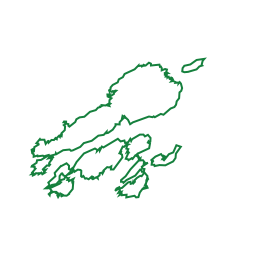 outline of Rennesøy nor, Rogaland, Norway, rotated 314°
{"feature_id": "86288312B22381651590620", "entity_name": "Rennesøy nor", "entity_type": "district", "adm_level": 2, "iso_a3": "NOR", "parent_name": "Norway", "parent_adm1": "Rogaland", "projection": "robinson", "projection_center": [5.661, 59.087], "detail": "fine", "context": "isolated", "style": "outline", "palette": "green", "viewbox_px": 256, "rotation_deg": 314, "n_neighbors": 0, "source": "geoboundaries", "source_scale": "gbopen_adm2", "svg_char_len": 5764}
<svg xmlns="http://www.w3.org/2000/svg" viewBox="0 0 256 256"><g transform="rotate(314 128 128)"><path d="M58.9,72.3L53.5,72.7L54.5,74.4L54.0,75.2L49.2,73.9L45.8,76.6L45.0,76.4L45.1,75.5L44.8,76.5L44.9,74.9L46.4,74.1L45.4,73.8L43.3,76.7L43.6,78.5L41.8,80.1L45.3,82.0L44.9,82.7L49.0,86.0L49.1,87.1L54.4,90.2L44.6,87.6L41.6,85.0L39.4,86.4L34.1,85.2L33.3,85.5L35.3,87.7L34.4,88.4L34.6,89.7L28.4,90.1L30.6,91.1L27.8,90.8L29.9,92.7L28.3,92.3L27.9,92.6L29.7,93.3L31.0,93.0L32.3,93.5L31.4,93.4L33.5,95.2L32.7,95.9L35.7,96.7L35.2,98.5L37.4,99.1L36.9,98.5L40.9,97.9L38.8,96.8L39.1,95.5L44.8,95.7L46.0,97.5L47.6,97.3L47.4,96.1L48.4,95.5L52.4,95.0L52.3,94.2L55.7,94.7L50.9,91.8L54.2,91.5L58.8,94.3L59.8,93.6L59.6,94.7L67.0,96.8L72.0,101.0L72.0,102.8L73.5,103.8L81.3,106.8L86.4,106.7L93.6,110.8L101.9,112.0L106.2,115.3L110.4,115.2L109.3,116.1L110.7,117.1L116.2,118.2L121.1,117.4L122.1,116.4L124.7,119.5L126.4,117.9L131.0,117.9L130.6,117.1L132.9,115.7L133.0,116.9L134.1,117.0L133.9,118.7L133.0,117.8L133.4,118.9L132.8,118.7L133.8,119.3L133.9,122.3L132.2,126.9L135.5,127.6L150.8,135.1L152.9,138.2L154.2,138.4L154.4,139.8L160.9,141.8L162.2,144.3L171.6,145.1L175.3,146.8L178.1,146.4L181.0,144.5L184.9,144.1L189.4,140.3L191.7,140.5L194.3,139.2L196.7,135.2L196.9,133.3L195.3,133.4L196.0,132.9L193.6,130.9L194.2,130.8L193.2,127.8L191.7,126.8L193.5,126.7L193.2,126.0L194.2,126.2L194.6,125.0L194.0,123.2L194.0,124.9L192.3,123.8L193.1,121.8L192.2,121.5L193.2,120.8L191.9,121.0L192.4,120.4L191.3,119.4L193.1,118.8L191.9,117.5L193.1,116.3L195.2,118.5L194.9,116.5L197.1,115.4L196.2,113.7L192.9,112.2L194.5,110.7L195.0,108.9L194.2,108.5L195.4,106.6L188.9,101.1L190.2,99.8L189.5,97.7L185.2,97.3L184.1,96.4L185.3,96.3L183.4,95.9L185.1,95.4L181.9,95.2L182.1,94.3L179.9,92.5L180.3,92.1L174.8,92.0L164.5,88.0L161.0,89.0L156.6,87.6L153.7,88.9L148.4,87.1L145.1,87.3L143.9,88.4L142.0,88.2L141.3,89.6L142.3,89.4L142.8,91.3L144.0,91.4L144.9,92.6L146.1,92.9L146.6,93.6L143.5,93.4L142.7,94.2L138.7,93.3L137.6,91.7L139.5,91.5L137.8,89.9L136.5,91.5L137.9,95.4L135.2,95.3L133.0,97.2L133.3,98.4L131.4,98.0L130.9,99.3L129.7,97.2L130.6,96.8L128.6,96.2L126.3,93.3L126.0,94.0L123.3,92.5L124.6,94.0L121.8,92.3L118.5,92.4L113.2,89.4L105.8,88.8L102.0,85.8L98.4,84.8L95.7,85.9L88.3,84.9L88.2,83.6L89.4,82.4L88.1,80.3L89.6,79.0L88.3,77.5L87.4,77.7L88.4,78.9L87.3,80.2L85.5,79.8L85.5,81.6L82.5,84.0L78.1,83.8L76.5,84.5L77.1,85.1L75.9,86.0L75.3,84.6L74.3,85.2L74.5,83.8L71.4,83.7L70.4,84.6L69.7,83.2L71.4,82.7L67.9,83.1L66.3,81.3L62.3,81.1L63.2,79.7L62.7,79.4L59.4,79.8L61.5,76.0L58.7,73.2L58.9,72.3ZM67.9,114.6L60.7,116.5L59.3,119.9L63.2,120.8L64.8,123.0L64.8,124.1L60.7,127.8L60.8,128.9L62.5,129.2L61.8,132.4L63.0,133.0L63.8,135.3L68.1,135.7L68.5,136.8L66.6,137.3L66.8,138.3L70.5,139.4L70.7,141.2L71.6,140.0L74.2,140.4L75.9,139.1L77.8,140.2L77.4,141.4L80.9,140.4L79.6,140.4L80.2,139.9L85.4,140.2L86.6,142.0L88.8,142.6L86.3,144.5L88.1,146.4L103.0,144.4L104.7,142.1L104.1,140.2L104.3,139.7L105.2,140.0L105.6,139.8L104.5,139.2L111.0,137.1L111.6,138.2L116.0,138.5L116.6,139.8L115.2,139.3L112.0,141.1L113.0,142.9L109.8,144.0L111.1,144.4L110.9,145.6L109.6,145.0L110.6,146.1L109.2,145.3L109.7,145.8L104.3,147.8L105.5,149.7L105.2,150.7L109.8,151.9L108.6,152.1L108.8,152.8L113.4,152.3L114.2,154.8L114.5,152.7L115.5,152.7L115.0,153.7L116.4,152.8L128.1,157.3L132.0,154.7L131.3,152.4L132.7,152.0L132.5,153.6L133.6,153.6L136.5,151.1L136.9,147.1L133.7,146.0L134.0,143.7L131.5,141.1L122.7,138.7L120.8,139.3L121.7,137.2L118.1,138.0L115.2,136.4L116.5,134.1L113.2,132.0L113.2,128.2L96.9,123.8L96.5,122.1L92.2,123.4L93.4,121.8L89.9,121.8L90.9,121.2L90.3,118.5L79.1,114.0L67.9,114.6ZM76.5,161.8L73.9,162.4L78.1,163.5L77.7,165.4L74.7,166.1L77.5,167.6L73.9,168.5L76.2,169.2L75.3,170.2L79.0,173.3L76.9,175.0L83.8,179.8L83.7,182.0L85.5,183.5L89.8,181.3L94.5,180.7L96.5,181.1L97.2,181.9L96.1,182.1L98.6,183.6L99.3,181.8L98.4,181.1L100.5,179.6L100.0,179.5L103.4,178.3L102.6,178.0L103.3,177.4L105.2,177.9L105.5,177.3L104.2,177.3L106.9,175.4L107.4,170.7L102.8,171.3L102.1,170.0L98.4,169.1L95.1,169.0L94.1,170.3L92.1,170.3L92.6,169.2L91.5,169.8L89.7,168.7L91.0,167.2L89.1,165.9L80.7,165.3L78.7,163.9L79.3,162.8L76.5,161.8ZM30.2,113.5L29.9,116.2L29.2,116.6L30.5,117.2L25.4,116.9L25.2,118.4L26.7,117.4L30.1,118.6L32.2,120.7L32.3,122.0L31.6,121.9L32.3,123.1L30.6,123.7L29.8,125.7L33.9,124.8L34.6,127.3L31.9,127.3L34.4,128.3L36.7,130.9L40.3,131.6L39.7,131.1L45.7,130.6L50.7,126.5L49.9,126.3L50.5,125.2L53.6,124.1L48.8,122.4L49.6,121.5L48.6,120.5L50.4,120.1L49.6,119.7L50.1,119.3L49.3,116.8L46.9,117.6L43.4,115.6L42.1,116.2L42.5,117.5L40.4,117.5L30.2,113.5ZM149.2,174.8L141.9,177.5L137.6,175.6L129.8,176.3L129.7,174.5L131.6,175.3L130.2,174.5L133.1,174.1L132.7,172.7L131.7,172.7L132.2,169.9L126.5,167.6L120.3,167.0L121.9,167.8L121.6,169.1L120.3,169.3L120.8,168.4L118.0,170.5L119.8,172.5L119.1,173.6L123.2,176.4L127.1,180.8L135.3,183.7L139.5,183.0L142.8,180.3L151.2,179.0L149.2,174.8ZM54.8,106.1L44.7,106.5L42.9,109.3L33.4,108.6L32.4,111.2L27.3,110.6L29.1,112.4L34.2,112.8L37.8,115.4L42.6,115.2L45.9,112.2L49.1,111.8L49.7,112.3L49.0,114.6L50.1,116.7L56.5,117.0L54.7,118.0L57.3,118.8L60.0,117.6L60.3,116.7L59.4,116.4L60.1,115.8L57.8,115.5L57.4,114.0L59.9,111.8L59.9,108.3L54.1,106.4L54.8,106.1ZM114.1,157.9L114.6,156.0L112.3,158.3L100.0,158.5L91.7,159.8L85.7,159.2L84.5,160.3L85.7,161.6L85.4,162.8L89.5,163.1L98.8,166.3L106.6,165.6L107.1,166.0L106.2,168.6L107.9,169.5L109.9,168.3L108.8,166.6L109.6,164.9L111.9,165.1L114.3,163.4L114.5,165.2L113.4,165.7L116.8,166.5L114.7,165.1L115.2,161.1L113.0,159.2L114.8,158.0L114.1,157.9ZM211.9,125.3L209.0,125.7L206.4,127.7L207.3,129.8L210.1,132.2L217.8,136.6L221.9,136.6L224.5,138.0L224.5,137.1L228.3,135.0L230.8,134.9L224.6,130.1L217.0,128.7L211.9,125.3Z" fill="none" stroke="#15803d" stroke-width="2"/></g></svg>